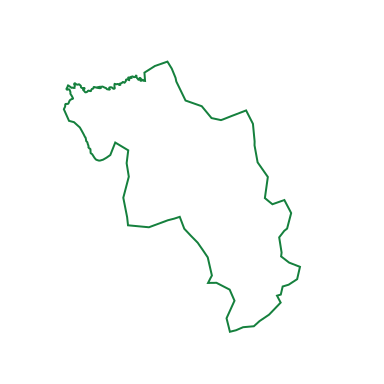 Tariat, Arhangay, Mongolia, rotated 246°
{"feature_id": "93677404B47373317082591", "entity_name": "Tariat", "entity_type": "district", "adm_level": 2, "iso_a3": "MNG", "parent_name": "Mongolia", "parent_adm1": "Arhangay", "projection": "albers", "projection_center": [100.344, 48.242], "detail": "fine", "context": "isolated", "style": "outline", "palette": "green", "viewbox_px": 384, "rotation_deg": 246, "n_neighbors": 0, "source": "geoboundaries", "source_scale": "gbopen_adm2", "svg_char_len": 5918}
<svg xmlns="http://www.w3.org/2000/svg" viewBox="0 0 384 384"><g transform="rotate(246 192 192)"><path d="M69.6,252.6L79.7,260.2L88.0,252.0L96.9,247.2L100.2,249.2L115.1,253.2L119.0,260.5L119.9,264.0L132.4,274.0L134.8,273.9L147.1,273.1L148.1,260.5L151.6,258.7L156.8,256.1L166.4,262.1L174.9,267.4L192.4,264.0L209.2,268.1L212.8,269.8L229.5,275.4L244.5,274.6L245.1,263.0L245.3,259.6L245.7,250.0L245.9,247.7L251.6,239.9L266.4,235.8L278.2,223.3L299.3,222.6L303.0,223.4L312.9,223.7L321.1,222.6L322.2,209.4L320.4,197.1L312.6,194.3L312.8,194.0L313.0,193.5L313.2,193.2L313.4,192.9L313.5,192.9L313.9,192.9L314.2,192.9L314.4,192.8L314.5,192.7L314.5,192.4L314.4,192.1L314.4,191.9L314.3,191.5L314.3,191.3L314.3,191.0L314.3,190.7L314.5,190.4L314.8,190.5L314.8,190.9L314.9,191.0L315.0,191.1L315.4,191.0L315.5,191.0L315.7,191.3L315.8,191.4L316.0,191.4L316.5,191.3L316.8,191.2L317.1,191.1L317.3,190.9L317.4,190.7L317.3,190.3L317.1,190.2L316.9,190.0L316.5,189.7L316.3,189.5L316.2,189.4L316.1,189.2L316.3,188.8L316.6,188.6L316.8,188.6L317.2,188.5L317.5,188.5L317.9,188.3L318.2,188.2L318.6,188.1L319.1,188.0L319.6,188.0L320.0,188.2L320.2,188.3L320.6,188.5L320.8,188.5L321.0,188.3L321.1,188.1L320.9,187.8L320.7,187.6L320.3,187.3L320.1,187.1L320.3,186.7L320.3,186.3L320.5,185.9L320.7,185.5L321.0,185.2L321.3,185.1L321.5,185.0L321.7,184.8L321.8,184.5L321.8,184.0L321.9,183.8L321.9,183.6L322.0,183.3L322.0,183.1L321.8,183.0L321.7,183.0L321.3,182.9L320.9,182.9L321.0,182.5L321.1,182.3L321.4,182.1L321.6,181.9L321.8,181.8L322.0,181.5L322.3,181.2L322.4,180.5L322.4,180.3L322.1,180.2L321.9,180.2L321.6,180.3L321.2,180.4L320.9,180.6L320.6,180.5L320.1,180.4L319.8,180.1L320.1,179.7L320.3,179.5L320.8,179.2L321.0,179.0L321.3,178.6L321.4,178.1L321.5,177.8L321.4,177.5L321.3,177.3L321.0,177.1L320.5,176.9L320.3,176.7L320.2,176.6L320.0,176.1L319.7,175.8L319.5,175.4L319.4,175.2L319.3,174.8L319.5,174.6L319.7,174.4L319.9,174.2L320.2,174.1L320.4,173.9L320.5,173.6L320.6,173.4L320.5,173.1L320.3,172.8L320.2,172.3L320.1,171.8L320.1,171.5L320.2,171.1L320.3,170.7L320.3,170.3L320.3,170.1L320.2,170.0L320.0,169.9L319.7,170.0L319.4,170.1L319.1,170.0L319.1,169.8L319.2,169.4L319.3,169.2L319.5,169.0L319.7,168.9L320.2,168.6L320.6,168.5L320.8,168.2L320.9,167.9L321.0,167.6L321.1,167.0L321.2,166.7L321.5,166.3L321.8,165.9L322.0,165.6L322.2,165.3L321.9,165.0L321.5,164.8L321.3,164.7L320.9,164.5L320.6,164.4L320.1,164.2L319.9,164.1L319.7,164.0L319.4,163.9L319.0,163.9L318.8,163.8L318.4,163.7L318.1,163.5L318.0,163.2L318.0,162.9L318.1,162.5L318.4,162.2L318.9,161.8L319.5,161.6L320.0,161.3L320.2,161.2L320.4,160.9L320.6,160.6L320.9,160.1L321.0,159.8L321.0,159.4L321.0,159.0L320.8,158.7L320.5,158.5L320.2,158.4L319.8,158.5L319.4,158.6L319.2,158.6L319.1,158.3L319.2,158.0L319.5,157.6L319.8,157.2L320.1,156.7L320.3,156.4L320.5,156.2L320.8,156.0L321.1,155.9L321.3,155.9L321.5,155.8L321.9,155.7L322.3,155.3L322.5,155.0L322.7,154.9L322.9,154.7L323.2,154.4L323.6,154.1L324.1,153.7L324.4,153.4L324.7,153.1L324.9,152.7L324.9,152.2L324.9,151.7L324.7,151.0L324.6,150.6L324.2,150.7L324.2,150.2L324.5,149.8L324.8,149.2L325.4,148.3L325.9,149.2L326.3,147.4L326.8,146.4L327.5,145.7L327.8,144.9L327.6,144.6L327.0,144.3L326.7,143.7L326.8,142.4L326.0,141.2L325.4,140.7L325.5,140.2L325.9,139.6L326.5,139.0L326.7,138.6L326.7,138.1L326.5,137.8L326.4,137.6L326.2,137.2L326.2,136.5L326.2,136.0L326.2,135.6L326.4,135.3L326.5,135.1L327.1,134.8L327.4,134.8L327.8,134.7L328.7,134.4L329.4,134.1L329.8,134.1L330.1,134.3L330.1,134.7L330.1,135.0L329.9,135.3L329.9,135.5L330.2,135.9L330.5,136.0L330.8,135.9L331.0,135.5L331.2,135.0L331.4,134.3L331.8,133.8L332.1,133.5L332.5,133.3L332.9,133.2L333.3,133.3L333.8,133.5L334.2,133.6L334.8,133.4L335.3,133.1L335.6,133.0L335.9,132.9L336.2,132.7L336.4,132.5L336.4,132.0L336.4,131.7L336.5,131.5L336.8,130.7L337.5,130.1L338.1,129.7L338.7,129.5L339.0,129.0L338.9,128.6L338.7,128.4L338.3,128.4L338.1,128.2L338.0,128.3L337.8,128.4L337.6,128.5L337.3,128.4L336.7,128.1L336.1,127.8L335.7,127.4L335.3,127.1L334.9,127.0L335.0,126.5L335.3,126.1L335.6,125.8L335.9,125.4L336.0,124.8L336.3,124.2L336.6,124.1L337.2,123.8L337.5,123.7L337.8,123.4L338.2,123.2L338.6,122.9L338.9,122.7L339.3,122.6L339.5,122.5L339.8,122.0L339.6,121.8L339.3,121.6L339.0,121.6L338.9,121.6L338.8,121.2L338.2,120.4L337.9,120.2L337.6,119.6L337.3,119.3L336.9,119.2L336.6,119.3L336.4,119.4L336.3,119.6L336.1,120.0L336.1,120.4L336.1,120.8L336.0,121.1L335.8,121.4L335.5,121.6L335.0,121.7L334.6,121.7L334.0,121.7L333.0,121.6L332.0,121.3L331.3,120.9L330.4,120.9L329.3,121.2L326.2,121.4L325.8,121.3L325.7,121.1L325.6,120.7L325.9,120.2L325.8,119.6L325.7,119.0L325.6,118.1L325.2,117.3L324.8,116.9L324.2,116.2L323.6,115.6L323.2,115.2L323.0,114.8L323.0,114.4L323.1,114.2L323.2,113.8L323.4,113.5L323.5,113.2L323.7,112.8L323.8,112.3L323.5,111.8L323.0,111.6L322.5,111.3L322.1,111.1L321.6,110.8L320.9,110.0L320.2,109.1L319.7,108.6L307.0,108.6L303.8,112.6L298.6,114.9L296.8,115.7L296.5,115.8L292.5,116.2L288.6,116.5L285.9,116.6L285.5,116.7L285.1,116.9L284.7,116.8L283.5,116.6L282.1,116.2L281.4,116.1L281.0,116.3L280.2,116.6L279.9,116.6L279.4,116.5L278.7,116.4L277.6,116.2L277.1,116.3L276.5,116.2L275.9,116.1L275.6,116.0L275.4,115.8L275.1,115.6L274.9,115.6L274.5,115.6L274.1,115.8L273.5,116.0L273.3,116.3L272.8,116.5L272.4,116.6L271.0,116.1L270.1,115.7L269.2,115.4L268.7,115.3L268.4,115.4L268.1,115.6L267.1,116.2L264.3,116.6L262.5,116.9L260.9,117.4L260.4,117.7L259.8,118.3L259.0,119.2L258.5,119.8L258.1,120.9L257.7,123.9L258.1,127.8L259.0,132.4L268.4,142.0L256.0,150.7L244.9,144.0L231.7,140.5L214.7,126.9L195.4,122.5L187.6,120.0L177.3,138.3L176.0,158.5L174.9,164.9L174.3,170.7L161.6,170.0L152.7,173.1L143.3,176.6L139.0,177.4L134.9,178.2L125.9,179.8L107.6,176.2L105.6,173.6L102.4,169.7L99.1,177.4L87.5,186.7L75.4,186.6L62.6,172.2L48.9,169.8L47.8,176.0L47.7,183.7L44.2,193.9L46.6,201.2L48.6,212.5L54.9,228.0L62.7,227.5L62.2,231.4L68.8,236.4L68.0,242.6L69.6,252.6Z" fill="none" stroke="#15803d" stroke-width="2"/></g></svg>